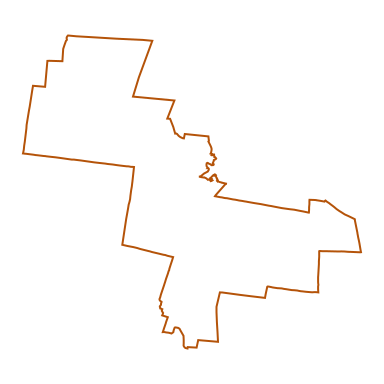 Slobozia Conachi, Galati, Romania
{"feature_id": "2599482B12346705763441", "entity_name": "Slobozia Conachi", "entity_type": "district", "adm_level": 2, "iso_a3": "ROU", "parent_name": "Romania", "parent_adm1": "Galati", "projection": "natural_earth1", "projection_center": [27.785, 45.578], "detail": "fine", "context": "isolated", "style": "outline", "palette": "amber", "viewbox_px": 384, "rotation_deg": 0, "n_neighbors": 0, "source": "geoboundaries", "source_scale": "gbopen_adm2", "svg_char_len": 5962}
<svg xmlns="http://www.w3.org/2000/svg" viewBox="0 0 384 384"><path d="M312.1,292.3L314.8,292.1L316.6,292.2L318.3,292.4L318.1,289.2L318.1,288.1L318.1,287.0L318.1,286.6L318.2,285.8L318.4,284.9L318.2,283.5L318.1,282.0L318.1,280.6L318.1,278.7L318.1,277.0L318.2,276.0L318.3,274.4L318.5,270.9L318.9,264.1L318.9,262.1L318.9,261.2L319.1,258.2L319.2,256.7L319.2,255.9L319.2,254.9L319.2,251.2L319.4,251.1L319.8,251.0L321.1,251.1L322.7,251.2L322.9,251.2L326.2,251.2L339.3,251.5L341.2,251.4L344.4,251.5L348.0,251.8L350.1,251.9L351.1,251.9L357.9,252.2L360.3,252.3L361.0,252.2L360.5,249.7L360.0,246.7L359.7,244.9L359.5,243.7L358.9,240.6L358.4,238.4L358.1,237.0L357.8,235.2L357.5,233.8L357.4,232.8L354.9,220.4L354.9,219.6L354.8,219.2L352.8,218.2L348.3,216.0L346.7,215.3L344.9,214.5L344.4,214.2L341.0,212.0L339.5,211.1L336.6,209.1L334.4,207.2L332.6,205.8L329.9,203.8L329.5,203.4L326.9,201.7L325.5,200.5L325.0,200.8L324.9,200.9L324.5,201.6L320.2,200.8L317.0,200.3L316.8,200.3L316.6,200.2L315.0,200.0L312.2,199.9L309.5,199.8L309.4,200.9L309.4,201.9L309.4,202.6L309.4,203.8L309.4,204.3L309.3,205.1L309.1,207.2L309.1,208.6L309.1,209.3L309.0,211.2L308.9,212.6L308.5,212.6L306.7,212.2L303.4,211.5L299.7,210.8L294.2,209.7L289.7,209.2L281.8,208.1L274.0,206.6L271.0,206.0L268.9,205.7L260.8,204.1L254.4,203.1L250.4,202.4L247.6,201.9L246.1,201.6L244.7,201.4L242.0,200.9L239.1,200.5L237.3,200.1L235.2,199.7L232.9,199.4L226.9,198.2L225.4,198.1L224.1,197.9L221.9,197.4L220.2,197.2L216.6,196.5L215.0,196.2L215.5,195.4L218.2,192.3L223.6,186.2L224.7,184.9L225.3,184.3L225.7,184.0L226.3,183.8L226.9,183.8L226.5,183.7L225.8,183.6L223.8,183.1L222.2,182.8L222.2,182.7L221.5,182.5L218.7,181.8L218.6,182.3L218.6,182.1L217.9,180.5L217.8,181.1L217.6,181.4L217.0,180.8L217.4,180.3L217.0,179.0L216.4,177.6L215.6,175.5L215.8,175.3L215.9,175.2L215.5,174.8L214.9,174.4L214.1,175.2L214.4,175.4L214.1,175.7L213.4,175.1L211.9,176.6L211.4,177.1L211.2,177.5L210.6,177.9L211.6,178.7L211.1,179.1L212.5,180.3L211.7,180.8L211.5,180.6L210.7,181.1L210.2,180.5L209.8,179.9L209.5,179.5L209.3,179.2L208.9,179.4L208.6,179.5L208.4,179.7L207.9,179.8L207.7,179.5L207.5,179.4L207.1,179.1L206.6,178.6L206.2,178.3L205.7,178.1L204.5,177.5L204.2,177.4L204.0,177.5L203.7,177.5L201.6,177.2L199.8,176.8L199.8,176.5L200.5,176.4L200.9,176.1L202.3,175.0L203.5,174.0L204.1,173.5L204.7,173.2L205.8,172.6L206.9,172.0L207.7,171.6L207.8,171.5L208.0,171.2L208.2,170.7L208.4,170.5L208.6,170.1L208.8,169.5L208.8,168.8L208.7,168.6L208.2,168.1L207.9,168.1L208.0,168.0L207.6,167.5L207.1,167.1L206.8,166.6L206.6,166.1L206.5,165.4L206.5,164.2L206.6,163.9L206.7,163.3L207.3,162.9L207.6,162.9L208.1,163.1L208.9,163.7L209.2,163.8L209.4,163.9L210.3,164.2L210.8,164.6L211.1,164.9L211.6,165.2L212.2,165.1L212.6,165.1L212.8,165.1L213.1,165.1L213.3,165.0L213.5,164.9L213.7,164.6L213.7,164.4L213.7,164.2L213.3,163.8L212.8,163.5L212.7,163.3L213.7,161.1L213.8,160.1L214.0,159.9L214.6,159.7L215.1,159.5L215.8,159.1L216.0,158.8L216.2,158.5L216.1,158.3L215.4,157.6L215.2,157.2L214.3,157.0L214.1,154.7L212.0,155.3L211.6,155.2L212.2,154.0L210.6,153.6L211.0,152.9L211.5,150.5L211.6,149.2L211.5,148.4L211.1,147.1L210.4,145.5L209.7,144.1L208.4,141.5L208.9,140.9L208.4,136.4L184.8,134.0L183.9,138.4L182.7,138.2L181.8,137.8L180.2,137.0L178.7,135.9L177.0,133.9L175.9,133.4L175.2,133.6L173.8,128.8L173.3,127.0L170.1,118.8L167.3,118.6L174.4,100.5L133.0,96.6L138.9,77.3L152.3,40.8L142.6,39.9L116.6,38.7L90.2,37.1L76.5,36.3L68.0,35.5L67.2,36.4L66.7,37.4L66.6,38.3L66.9,39.5L66.7,40.2L66.0,40.8L64.7,44.4L63.2,48.9L62.4,61.2L49.1,60.8L47.4,60.9L45.1,86.8L33.0,85.8L32.1,91.2L29.7,106.7L29.0,110.4L26.6,125.0L26.4,128.4L24.8,141.7L24.2,145.6L23.8,149.6L23.3,152.1L23.0,153.4L23.4,153.4L23.9,153.6L26.2,153.8L28.6,154.1L33.4,154.7L35.8,155.1L36.2,155.1L41.3,155.7L42.0,155.8L43.7,156.0L45.3,156.1L46.3,156.3L50.7,156.8L55.4,157.3L59.9,157.9L71.8,159.6L73.9,159.6L76.2,159.9L81.1,160.5L94.5,162.4L99.8,163.0L101.7,163.2L105.4,163.6L107.8,164.0L112.7,164.5L116.7,165.1L119.7,165.5L123.9,166.0L126.6,166.3L127.9,166.3L129.3,166.5L130.7,166.8L132.2,166.9L133.1,166.9L134.0,167.0L132.4,181.8L132.2,183.3L131.8,186.7L131.2,190.0L130.7,193.7L130.4,196.0L130.1,199.1L129.6,201.4L129.0,203.6L128.7,204.5L128.0,208.9L126.2,218.9L122.3,244.8L127.5,246.0L133.4,247.1L136.7,247.9L137.5,248.1L139.0,248.6L140.3,249.0L144.3,250.0L148.3,251.0L150.0,251.4L151.9,252.0L159.1,253.7L163.6,254.8L165.2,255.0L166.3,255.4L167.5,255.8L173.1,257.1L172.2,260.1L170.7,264.6L170.2,266.2L169.9,267.1L169.4,268.7L169.3,269.1L169.1,270.4L168.6,271.1L168.0,273.3L166.0,279.0L165.1,282.0L164.5,283.8L164.0,285.4L160.9,294.6L160.1,297.6L159.8,298.3L159.6,298.7L159.5,299.2L159.5,299.5L159.6,299.9L159.9,300.5L160.6,301.2L161.2,301.6L161.5,301.7L161.6,301.9L161.5,302.2L161.1,303.3L161.0,303.9L161.0,304.3L161.0,304.5L160.9,304.8L160.8,305.1L160.6,305.4L160.4,305.6L160.1,306.0L159.9,306.2L159.9,306.3L159.8,306.6L159.8,306.8L160.1,307.5L160.4,308.2L160.5,308.3L160.4,308.5L162.3,309.2L161.8,310.8L162.3,311.7L162.5,312.0L163.1,313.0L162.8,314.0L162.2,315.4L166.9,316.9L167.8,317.2L166.0,322.3L165.7,323.5L163.8,329.0L163.7,329.5L163.3,330.6L162.8,332.1L163.1,332.1L163.5,332.0L163.9,332.0L165.2,332.2L165.9,332.4L168.5,332.7L169.4,332.9L171.5,333.5L173.3,332.2L173.7,330.2L174.4,328.3L174.7,327.6L175.3,327.4L176.0,327.5L176.9,327.6L177.4,327.8L177.9,327.8L178.6,328.1L179.5,328.8L179.7,329.0L180.4,330.4L183.5,335.8L183.7,339.8L183.7,343.3L183.6,345.7L183.9,346.3L184.2,346.8L184.6,347.3L185.4,348.0L187.5,348.5L187.7,347.1L196.6,347.6L198.2,340.1L218.0,341.8L217.5,331.9L216.9,322.2L216.5,312.1L216.5,306.8L219.9,292.4L222.4,292.5L240.2,294.9L250.7,296.2L265.0,297.9L265.7,294.0L267.2,287.0L267.3,286.7L267.6,286.5L268.0,286.5L269.3,286.7L271.7,287.2L272.4,287.4L275.0,287.8L277.8,288.2L278.2,288.2L281.7,288.4L284.0,288.9L286.3,289.2L286.9,289.3L291.8,290.1L294.0,290.2L297.2,290.5L299.0,290.9L300.6,291.2L302.7,291.4L306.1,291.8L310.9,292.2L312.1,292.3Z" fill="none" stroke="#b45309" stroke-width="2"/></svg>